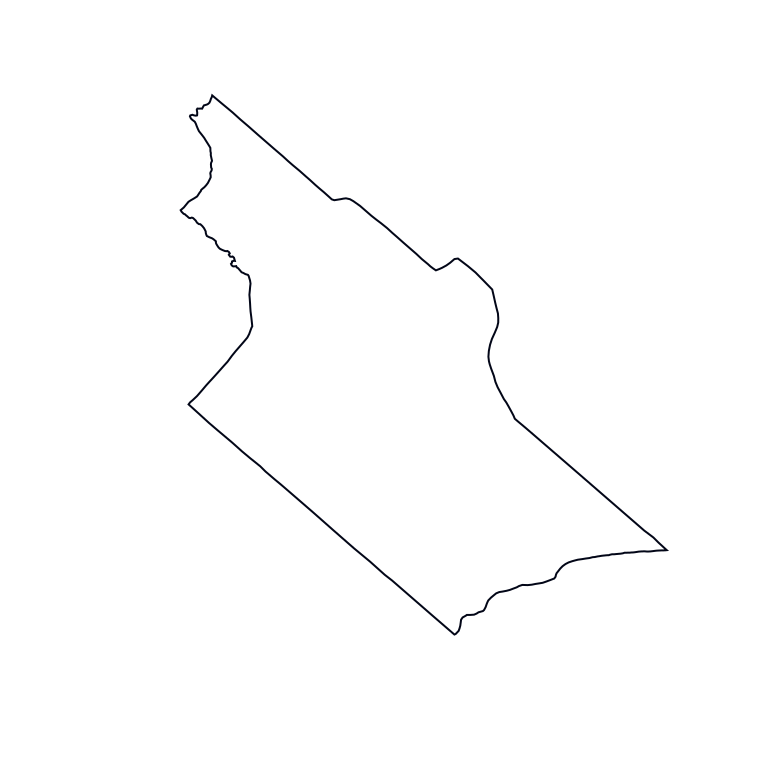 Prasat Bakong, Siemréab, Cambodia (Equal Earth projection), rotated 311°
{"feature_id": "14789045B83000183450022", "entity_name": "Prasat Bakong", "entity_type": "district", "adm_level": 2, "iso_a3": "KHM", "parent_name": "Cambodia", "parent_adm1": "Siemréab", "projection": "equal_earth", "projection_center": [104.001, 13.307], "detail": "fine", "context": "isolated", "style": "outline", "palette": "ink", "viewbox_px": 768, "rotation_deg": 311, "n_neighbors": 0, "source": "geoboundaries", "source_scale": "gbopen_adm2", "svg_char_len": 4314}
<svg xmlns="http://www.w3.org/2000/svg" viewBox="0 0 768 768"><g transform="rotate(311 384 384)"><path d="M381.8,116.5L381.2,118.2L381.0,121.1L381.5,122.5L381.4,123.9L381.5,125.4L381.4,127.6L382.0,128.9L383.5,129.8L384.0,131.1L383.8,134.7L383.1,137.0L383.2,139.3L384.1,140.6L384.0,143.3L383.5,146.0L382.2,149.3L381.0,150.5L380.1,151.9L379.5,153.2L380.2,156.0L381.1,158.4L381.4,160.4L381.4,161.6L381.4,163.5L380.2,164.6L379.6,165.8L378.8,168.4L378.5,169.6L378.4,171.4L378.7,172.6L379.1,174.1L380.0,176.7L380.8,177.9L381.6,178.5L381.9,180.2L381.4,181.9L379.7,182.1L379.2,184.4L380.1,185.6L380.9,186.1L380.9,187.9L380.2,189.0L379.1,190.7L378.5,189.8L376.8,188.9L375.8,189.7L374.3,189.7L373.6,191.3L373.8,193.0L375.1,194.4L376.0,195.1L375.4,196.4L375.7,197.9L375.3,200.7L374.9,203.2L375.5,204.9L376.0,207.3L377.1,209.7L376.8,210.9L375.6,212.8L374.3,214.9L372.2,217.4L369.4,219.3L366.4,221.5L363.0,223.9L360.2,226.8L356.9,230.1L354.0,232.9L351.3,235.6L347.2,240.2L344.7,242.9L342.1,245.7L341.0,246.8L339.8,247.0L337.6,247.8L333.2,249.5L329.4,250.4L323.6,250.5L317.9,250.5L311.4,250.5L305.4,250.7L298.3,251.3L293.3,251.2L284.2,251.1L277.8,251.0L271.3,250.8L266.1,250.7L259.4,250.8L252.2,250.8L246.3,250.2L242.9,249.7L240.4,249.9L240.2,260.4L239.9,273.9L239.8,277.6L239.9,288.8L240.2,307.8L240.0,321.1L240.2,331.6L240.7,344.5L240.2,352.1L240.3,363.9L240.5,373.3L240.6,414.4L240.4,441.4L240.3,469.2L240.8,490.1L240.5,509.7L241.0,519.0L241.0,572.9L241.1,601.5L242.4,602.1L246.7,602.3L249.2,601.3L251.7,600.1L254.6,598.2L256.7,596.8L259.4,596.5L262.7,597.7L264.0,598.0L266.2,600.5L269.0,603.3L271.5,604.5L273.7,605.1L277.5,607.6L279.0,607.8L282.2,607.1L285.7,605.7L287.9,605.0L289.1,604.7L293.0,604.9L296.7,605.5L299.6,606.0L302.6,607.5L305.2,609.7L308.4,612.2L311.2,614.1L314.4,615.8L317.7,617.6L320.0,618.4L323.1,620.2L326.5,624.4L329.5,627.2L332.6,629.6L335.3,631.9L338.1,634.2L341.4,636.1L345.1,638.1L347.2,639.2L348.9,640.1L351.1,639.9L352.7,639.0L354.4,638.4L356.8,638.3L360.3,638.1L363.7,638.3L367.2,639.1L370.5,640.4L373.9,642.4L376.6,644.2L378.6,645.6L381.8,648.4L384.7,650.8L387.4,653.2L390.2,655.1L391.7,656.6L394.1,658.4L395.1,659.3L397.3,661.1L398.8,662.5L400.4,664.0L401.6,665.2L402.3,666.0L403.3,666.5L405.1,667.8L406.7,669.6L408.4,671.2L411.2,673.9L413.0,675.4L414.4,676.2L416.3,678.3L417.8,680.0L419.1,681.2L420.6,682.8L422.2,684.2L424.7,686.3L427.0,688.6L428.8,690.6L430.1,692.4L432.0,694.5L434.3,696.6L436.9,698.9L439.9,702.0L442.8,705.2L444.1,706.4L444.4,695.2L444.9,688.0L444.1,676.6L444.0,584.8L443.8,520.5L443.6,509.3L443.6,505.5L445.1,502.5L446.5,498.9L448.8,492.7L450.3,488.4L451.3,484.3L453.7,478.2L456.1,471.9L458.7,466.7L462.2,461.6L466.0,454.6L466.9,453.1L468.2,450.9L470.0,448.3L473.1,444.9L477.8,441.4L483.2,438.3L488.8,435.9L495.6,433.9L501.3,432.0L505.3,429.9L508.6,427.1L512.0,423.7L515.2,419.0L518.4,414.5L522.4,409.1L526.3,403.7L527.0,395.2L527.4,390.5L527.6,387.5L528.2,379.9L528.0,370.0L527.2,357.5L524.5,355.2L519.0,354.4L514.4,353.3L509.8,351.6L507.2,350.4L503.8,348.6L503.4,344.9L503.2,341.8L503.3,338.6L503.1,330.6L503.4,323.0L503.4,314.7L503.4,306.2L503.5,297.4L503.5,291.1L503.7,284.0L503.4,276.3L503.0,270.5L502.7,264.2L502.7,257.6L502.7,249.3L501.9,241.0L501.1,237.0L499.2,233.5L497.2,231.7L495.0,230.0L492.6,228.0L490.1,225.9L489.1,223.5L489.2,219.6L489.3,212.7L489.2,207.3L489.2,201.4L489.4,194.1L489.4,188.3L489.5,180.6L489.3,171.6L489.3,165.2L489.5,158.3L489.4,147.1L489.4,136.4L489.4,125.0L489.5,112.8L489.4,101.9L489.6,92.0L489.5,85.8L489.3,77.4L489.2,71.4L489.1,65.0L487.5,65.8L485.6,66.3L483.8,67.1L481.8,67.7L480.0,67.5L478.7,67.0L476.1,65.3L474.6,65.6L472.5,66.1L471.5,64.8L470.2,63.5L469.5,62.5L468.4,62.6L467.6,63.4L466.5,64.8L465.1,66.0L464.1,66.7L463.1,66.0L462.1,64.4L461.5,62.8L459.6,61.6L458.7,61.9L457.7,64.1L457.6,66.0L457.8,69.1L457.0,71.2L455.8,73.4L454.5,76.0L453.4,78.5L452.6,82.9L451.8,86.8L450.8,89.9L450.0,92.6L449.0,95.9L448.3,98.0L445.8,100.3L444.7,101.8L443.1,103.1L441.2,105.6L439.6,107.8L437.3,108.5L436.2,109.3L434.0,111.5L433.4,112.9L432.0,113.8L429.9,114.2L428.8,114.9L427.9,116.1L426.3,117.6L423.8,118.3L422.2,118.7L420.2,119.2L417.1,119.4L414.5,119.3L412.9,119.0L410.6,118.7L409.4,119.2L407.4,119.3L404.6,119.7L402.9,119.9L399.5,118.9L395.7,117.6L393.2,116.9L385.9,117.1L381.8,116.5Z" fill="none" stroke="#020617" stroke-width="2"/></g></svg>